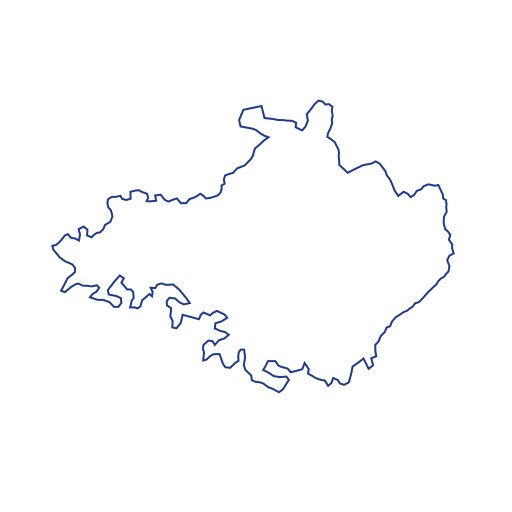 Honório Serpa, Paraná, Brazil (Mercator projection), rotated 347°
{"feature_id": "56859067B29869228450970", "entity_name": "Honório Serpa", "entity_type": "district", "adm_level": 2, "iso_a3": "BRA", "parent_name": "Brazil", "parent_adm1": "Paraná", "projection": "mercator", "projection_center": [-52.402, -26.16], "detail": "fine", "context": "isolated", "style": "outline", "palette": "blue", "viewbox_px": 512, "rotation_deg": 347, "n_neighbors": 0, "source": "geoboundaries", "source_scale": "gbopen_adm2", "svg_char_len": 4303}
<svg xmlns="http://www.w3.org/2000/svg" viewBox="0 0 512 512"><g transform="rotate(347 256 256)"><path d="M340.4,391.3L345.5,388.8L345.3,381.6L350.6,380.7L350.9,375.7L352.2,369.5L356.1,366.9L359.6,362.0L364.3,359.1L367.0,355.2L370.9,354.6L373.8,350.4L378.4,347.1L382.3,345.8L387.4,343.8L390.7,343.4L394.1,341.7L397.2,340.6L400.4,337.9L404.3,337.6L408.9,334.7L415.2,330.2L422.5,325.8L425.5,324.1L428.0,321.5L430.8,319.7L434.6,318.5L437.1,316.3L440.1,314.3L442.2,309.4L441.4,303.1L444.5,299.2L449.2,297.9L448.8,292.6L449.8,288.8L447.6,283.5L450.1,279.2L448.6,275.5L446.4,272.3L446.2,267.2L446.9,263.6L448.1,259.9L451.7,255.9L452.3,251.4L453.3,248.2L453.7,244.4L451.3,242.1L451.9,238.7L450.8,233.1L449.6,227.8L446.0,227.8L442.6,226.0L439.6,224.9L434.7,225.9L432.1,228.1L427.4,228.7L423.7,232.1L419.9,233.4L417.7,229.4L414.3,226.6L408.1,229.5L405.7,223.1L404.8,216.6L403.8,211.6L401.6,206.8L401.1,202.1L397.2,193.8L393.8,190.7L390.4,191.8L386.1,191.8L380.4,191.6L374.4,193.0L371.1,193.7L364.1,195.6L357.6,185.8L358.4,182.4L359.0,177.5L360.1,174.3L360.3,170.4L359.2,166.7L358.4,162.9L355.3,159.0L352.3,155.9L353.7,152.7L357.2,148.4L360.1,143.9L360.5,140.1L362.3,136.7L362.5,131.8L364.0,127.8L361.3,124.5L357.7,124.0L355.7,120.6L351.8,118.6L347.0,121.4L341.2,126.4L337.3,129.3L337.0,135.8L333.3,141.1L329.2,144.0L323.6,139.5L325.1,135.2L321.4,132.3L316.8,131.1L313.1,129.7L307.9,128.4L303.4,126.3L295.3,123.5L295.1,111.1L276.6,110.7L270.1,119.7L270.1,126.3L281.8,131.4L284.7,133.6L287.8,137.5L291.2,140.7L294.9,143.1L290.2,145.0L283.4,148.9L279.3,150.9L277.1,154.5L275.6,157.5L272.9,160.3L265.4,165.2L257.3,166.4L252.2,169.9L247.3,170.1L243.9,170.7L241.9,174.3L241.7,178.5L238.3,179.6L237.6,182.9L235.7,186.2L232.8,188.2L228.9,188.8L223.9,189.1L220.0,188.6L218.1,185.2L215.6,182.8L211.0,184.7L207.8,185.2L204.0,185.6L200.0,188.8L194.7,187.7L191.8,182.1L186.7,182.6L183.0,183.3L179.9,181.0L176.9,174.8L171.4,174.3L171.1,179.7L165.5,179.0L161.8,178.0L164.0,175.0L163.9,170.9L159.4,168.0L156.7,165.6L153.3,165.1L148.1,165.2L146.7,172.0L142.1,172.2L138.5,170.3L137.4,166.8L132.9,166.9L128.9,166.0L124.8,167.3L123.1,170.7L123.0,175.4L125.0,179.0L125.0,185.1L121.8,189.9L116.0,191.7L113.1,195.6L109.4,197.9L106.1,197.7L102.6,199.0L100.0,200.8L96.0,197.9L97.7,192.4L94.6,188.5L89.2,189.9L89.4,195.4L87.0,201.1L83.8,198.3L80.0,196.8L77.6,192.4L74.4,193.0L69.7,196.8L66.8,198.7L63.6,200.3L59.9,200.2L60.0,204.4L62.2,208.6L64.4,213.2L68.7,218.1L75.3,223.0L77.0,227.0L76.1,230.7L73.1,232.6L67.3,235.3L63.4,240.1L58.3,246.0L61.6,248.2L69.4,244.4L73.7,243.0L76.8,242.9L80.5,245.9L84.0,246.8L89.3,248.7L94.4,248.7L96.1,251.7L92.4,254.9L88.5,256.1L84.9,258.9L91.9,263.1L97.3,264.4L102.9,268.0L106.2,273.6L110.5,274.6L114.3,271.4L114.8,266.6L110.9,263.6L103.9,260.4L103.9,256.0L112.3,249.0L118.9,244.4L122.2,247.9L118.9,251.7L121.3,256.3L122.9,259.6L126.7,260.5L128.2,263.5L127.4,269.3L124.8,271.7L121.8,277.8L126.0,278.7L128.9,280.4L132.0,279.1L135.1,273.5L143.7,269.1L145.6,271.8L147.2,267.8L146.2,263.3L150.6,264.6L153.4,261.7L157.5,261.4L161.6,263.8L168.8,265.2L170.9,267.8L173.8,271.8L178.7,281.6L180.8,287.0L174.8,286.9L171.1,284.0L167.6,279.2L162.3,277.2L158.9,279.9L158.1,284.1L161.6,287.8L158.9,295.7L160.2,300.5L158.4,306.7L162.2,308.6L167.6,304.3L171.3,296.8L186.3,304.8L188.8,301.0L192.1,299.2L197.9,303.5L201.0,301.8L205.6,300.7L212.3,306.1L214.0,309.8L207.4,312.0L201.3,312.4L199.6,317.3L204.3,320.9L208.9,323.3L211.7,326.7L206.7,329.2L200.8,329.8L195.9,333.4L194.5,329.2L190.6,327.7L185.0,330.7L183.5,333.8L183.6,338.5L181.0,345.9L184.5,345.8L188.9,343.2L192.8,342.1L198.4,343.4L199.6,353.8L201.1,357.5L205.7,359.1L211.7,355.5L215.4,354.1L216.2,349.5L217.6,345.8L220.2,343.8L223.4,344.6L222.5,352.5L219.6,359.5L220.0,364.5L224.5,371.4L224.0,376.1L227.1,378.4L231.8,380.1L234.7,382.2L238.1,386.3L242.3,389.1L247.7,393.9L252.2,392.0L256.3,387.9L260.2,384.2L258.4,380.3L251.7,379.3L246.1,376.9L242.4,372.9L237.4,368.6L240.1,365.9L244.0,361.1L251.3,362.8L253.0,367.6L255.7,369.7L261.4,372.7L263.7,377.1L272.0,376.9L275.6,376.7L279.3,371.2L282.0,378.0L280.2,382.2L284.2,385.8L286.6,388.3L291.0,391.1L295.1,392.8L297.1,398.8L300.9,396.7L303.8,392.2L307.8,395.3L309.2,399.2L312.9,401.3L318.0,400.0L321.9,392.9L325.3,385.4L332.1,382.7L337.7,380.1L340.4,391.3Z" fill="none" stroke="#1e3a8a" stroke-width="2"/></g></svg>